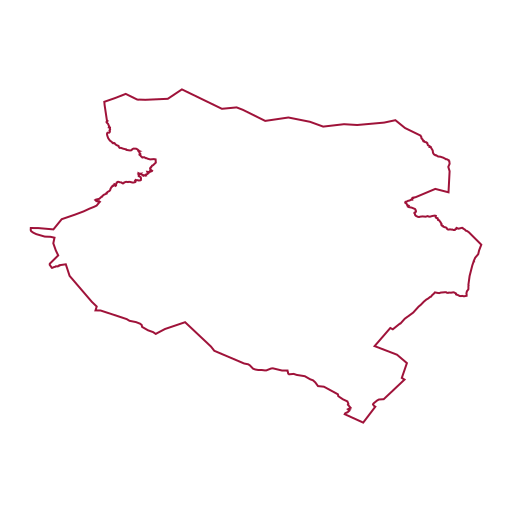 Vang nor, Oppland, Norway
{"feature_id": "86288312B14831556842488", "entity_name": "Vang nor", "entity_type": "district", "adm_level": 2, "iso_a3": "NOR", "parent_name": "Norway", "parent_adm1": "Oppland", "projection": "robinson", "projection_center": [8.416, 61.192], "detail": "fine", "context": "isolated", "style": "outline", "palette": "rose", "viewbox_px": 512, "rotation_deg": 0, "n_neighbors": 0, "source": "geoboundaries", "source_scale": "gbopen_adm2", "svg_char_len": 6020}
<svg xmlns="http://www.w3.org/2000/svg" viewBox="0 0 512 512"><path d="M155.7,333.9L165.0,329.0L185.1,322.2L211.0,346.6L214.3,350.8L244.1,363.5L248.2,364.3L249.8,365.3L253.1,368.7L255.3,369.5L258.2,370.0L261.7,370.0L264.8,370.4L266.3,370.4L271.1,368.5L272.8,368.3L281.9,370.5L287.5,370.5L287.6,371.5L288.0,372.1L288.0,372.7L288.2,373.6L289.1,374.3L293.7,373.9L296.6,374.9L304.8,376.2L310.2,379.3L313.0,380.3L315.3,382.4L318.0,386.1L323.9,386.7L337.9,394.3L338.3,396.2L342.9,399.3L347.4,401.4L348.4,403.9L347.9,404.7L350.6,407.8L348.0,409.2L349.0,409.9L349.4,410.0L348.9,410.4L349.2,410.8L347.4,412.4L346.7,412.5L345.1,413.4L344.7,414.2L363.2,422.6L375.3,406.7L374.2,406.0L373.0,404.5L373.2,403.9L373.8,403.2L377.1,400.5L378.9,399.5L383.7,399.2L404.5,379.6L401.8,377.9L406.9,363.1L397.0,354.7L374.6,346.1L390.3,328.0L392.8,329.3L399.9,323.6L400.4,323.6L404.8,318.7L413.2,312.6L418.6,306.6L420.8,304.8L423.9,301.6L426.4,299.5L427.9,298.7L430.2,296.9L431.1,296.6L431.9,295.4L433.9,293.6L434.9,292.4L438.0,293.0L439.4,293.1L440.6,292.6L445.2,292.2L446.3,292.3L447.0,292.8L448.1,292.9L448.8,292.6L451.0,292.7L453.4,292.3L454.2,292.5L456.0,293.5L455.9,294.0L456.0,294.4L456.3,294.6L457.6,294.9L459.7,296.0L461.0,296.1L462.2,295.9L464.0,296.3L466.6,295.8L466.6,294.1L466.4,293.4L466.9,291.3L468.3,289.4L468.4,288.8L468.4,286.0L468.6,285.4L468.4,284.8L469.6,276.0L472.3,265.4L473.6,261.6L473.9,261.5L473.7,261.1L475.2,257.7L478.2,254.2L479.1,250.4L481.3,244.7L468.8,232.2L467.0,231.0L465.7,230.6L464.9,229.6L463.0,228.5L462.6,227.9L461.6,227.9L458.6,228.7L456.5,227.9L456.2,228.4L456.3,228.9L455.1,229.4L454.8,230.0L453.5,230.0L452.2,229.5L451.3,229.6L449.9,229.3L448.9,229.6L447.9,229.5L446.9,228.7L446.8,228.2L445.8,227.4L444.6,227.2L443.2,226.6L443.0,226.0L441.8,225.6L441.3,224.8L441.6,224.4L441.6,224.0L440.8,222.8L440.7,222.4L439.7,221.2L439.3,220.4L438.2,220.0L438.3,219.7L437.7,219.1L437.7,218.3L437.4,218.1L436.4,218.0L435.8,217.5L435.6,217.0L435.9,215.9L435.7,215.8L434.7,215.6L432.3,216.0L429.9,216.7L428.5,216.5L427.7,216.1L425.6,216.7L422.6,216.4L420.0,216.7L419.2,217.0L418.1,216.9L416.1,216.0L415.4,215.4L415.0,214.7L415.1,214.2L414.3,213.0L414.5,212.6L415.8,211.9L416.0,211.3L415.9,210.8L415.6,210.4L415.5,209.7L415.0,209.0L411.6,207.6L408.8,207.1L407.9,206.6L408.6,205.7L407.1,205.0L407.1,204.6L406.4,203.6L405.4,203.0L405.2,202.5L405.5,201.8L406.9,201.5L408.1,200.8L409.7,200.5L410.7,199.8L412.2,199.7L412.0,198.9L412.5,198.6L412.3,198.5L412.3,198.0L412.7,197.7L415.6,197.2L435.3,188.9L448.5,192.3L449.6,171.2L448.3,166.9L449.6,163.8L449.3,161.2L448.8,160.8L448.8,160.3L446.7,159.2L445.8,159.2L445.5,158.9L443.3,157.7L440.3,156.7L438.1,156.5L437.2,156.0L436.9,155.7L435.8,155.1L435.4,155.3L433.9,154.3L433.0,152.8L432.7,150.5L430.6,147.0L430.4,147.0L430.5,146.9L429.7,146.4L429.7,146.2L429.4,146.0L428.1,145.3L427.8,145.0L427.6,144.0L427.1,143.3L427.2,143.0L426.4,142.3L425.2,142.1L423.6,141.4L423.9,140.9L422.8,140.1L422.6,139.4L421.7,138.6L421.4,138.1L421.4,137.1L420.9,136.5L420.6,135.6L405.0,128.0L395.4,120.2L384.1,122.6L357.2,125.0L344.0,124.2L323.2,126.6L310.0,121.8L288.4,117.5L265.2,120.9L242.8,109.8L236.6,107.4L221.9,108.8L181.9,89.4L167.8,98.8L145.4,99.8L139.4,99.6L138.4,99.7L137.1,99.5L125.7,93.9L114.7,98.2L104.3,101.8L104.6,105.0L106.9,120.4L107.5,120.8L107.4,121.3L106.5,122.0L106.6,122.4L108.1,123.9L108.9,125.9L109.3,126.4L109.2,126.8L108.9,127.1L108.8,127.4L110.0,127.7L109.9,128.6L110.1,129.5L109.5,130.3L109.9,131.0L109.8,131.9L109.3,132.6L107.6,132.7L107.1,133.3L107.0,134.2L107.3,135.7L108.2,138.2L109.9,140.6L111.7,141.9L112.6,143.0L113.1,143.3L113.7,142.9L114.5,143.1L115.4,144.3L116.5,145.1L118.5,145.9L118.6,146.5L119.6,147.9L121.0,147.9L123.2,148.7L126.2,149.4L126.4,149.9L129.5,150.4L131.0,150.4L131.9,149.8L132.4,149.1L133.6,148.6L136.1,148.7L137.6,149.5L138.6,150.4L138.5,150.8L139.3,151.1L138.6,151.3L139.5,152.5L139.5,152.8L139.3,152.7L140.4,154.0L140.3,154.3L139.9,154.2L139.6,154.4L139.9,154.8L139.8,155.0L140.5,155.4L140.8,156.1L141.9,157.1L142.4,157.2L142.5,157.5L144.1,157.2L145.9,158.2L146.4,158.1L147.6,158.7L150.2,159.4L153.8,159.1L155.6,159.4L155.8,162.6L153.1,165.2L152.0,165.7L151.6,166.5L151.1,166.9L151.1,167.2L150.5,167.6L150.6,167.9L150.1,168.5L150.2,169.1L151.0,170.0L152.1,170.8L151.9,171.1L151.0,171.4L149.8,171.2L149.7,171.4L150.1,171.8L149.4,172.1L147.3,171.8L147.6,172.6L148.4,173.1L147.4,174.0L145.5,174.7L145.4,175.1L145.8,175.6L145.5,175.7L144.5,175.4L144.0,175.4L143.5,175.7L143.2,175.3L142.8,175.3L142.8,174.9L141.5,174.5L141.3,173.7L139.3,173.6L138.5,173.2L138.5,173.4L139.3,173.9L138.5,174.2L138.6,174.3L139.9,174.0L138.7,175.1L138.7,176.1L140.4,177.0L140.8,177.5L141.0,178.4L140.9,180.0L140.2,180.4L138.4,180.5L137.8,180.2L136.3,180.2L135.7,179.9L135.1,180.6L135.6,181.2L135.5,181.8L135.2,182.1L133.7,182.5L132.3,182.5L130.0,181.9L128.6,181.9L128.0,182.1L126.1,181.8L124.1,182.5L123.7,183.1L123.2,183.4L122.7,183.4L121.5,182.5L120.7,182.9L120.9,182.7L120.7,182.5L118.3,181.8L117.6,181.9L117.2,182.4L116.7,182.5L116.5,183.5L116.0,184.1L116.1,185.3L115.8,185.7L115.6,185.8L115.2,184.4L114.4,184.1L114.0,185.1L113.1,185.5L113.2,185.9L112.3,186.1L112.2,186.3L111.9,186.9L111.4,187.2L110.5,188.8L110.2,190.0L109.5,190.9L107.7,191.9L106.6,192.9L106.8,193.1L106.8,193.5L103.8,194.8L102.4,196.0L102.2,196.6L101.5,196.8L99.3,198.8L95.9,199.6L95.3,200.0L95.8,200.4L96.9,200.1L96.0,200.6L96.3,201.1L97.3,201.1L97.5,201.4L98.3,201.5L98.5,201.2L99.3,201.3L99.5,201.6L99.1,201.7L99.7,201.9L96.6,205.6L93.9,206.9L89.6,208.6L83.6,211.4L74.8,214.7L61.7,219.2L53.4,229.4L38.6,228.1L30.8,228.0L30.7,230.0L31.0,230.9L31.3,231.3L33.3,232.7L36.2,234.1L44.8,236.6L50.5,236.8L54.5,237.7L53.3,243.3L55.8,250.4L58.2,255.4L49.8,263.7L49.7,264.8L51.9,267.9L52.1,267.9L54.2,267.0L55.5,266.7L55.9,266.3L57.9,266.4L58.5,265.8L59.4,265.7L59.5,265.2L65.8,264.3L69.6,275.9L91.9,301.9L96.7,306.5L95.5,310.4L100.6,310.5L126.7,319.1L129.5,320.8L136.0,322.1L140.1,323.7L141.7,325.0L142.1,326.9L148.0,330.3L153.1,332.1L155.7,333.9Z" fill="none" stroke="#9f1239" stroke-width="2"/></svg>